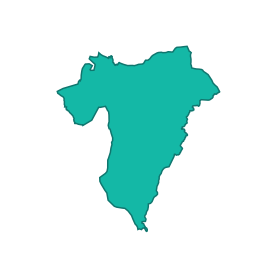 Mariga, Niger, Nigeria (Robinson projection), rotated 16°
{"feature_id": "59680162B84198311358077", "entity_name": "Mariga", "entity_type": "district", "adm_level": 2, "iso_a3": "NGA", "parent_name": "Nigeria", "parent_adm1": "Niger", "projection": "robinson", "projection_center": [5.889, 10.619], "detail": "fine", "context": "isolated", "style": "filled", "palette": "teal", "viewbox_px": 256, "rotation_deg": 16, "n_neighbors": 0, "source": "geoboundaries", "source_scale": "gbopen_adm2", "svg_char_len": 5568}
<svg xmlns="http://www.w3.org/2000/svg" viewBox="0 0 256 256"><g transform="rotate(16 128 128)"><path d="M79.2,63.7L79.5,66.3L79.2,68.2L75.9,69.3L71.9,69.6L71.7,72.2L78.5,75.7L79.0,76.4L79.3,81.9L76.2,82.9L75.5,82.4L76.5,77.9L73.0,77.0L69.4,78.3L69.0,79.2L68.2,82.0L67.8,83.4L67.9,85.9L68.5,90.2L69.0,92.0L69.4,94.0L69.1,95.6L68.8,95.3L68.5,95.2L68.3,95.4L68.2,95.9L67.8,96.5L67.7,97.1L67.8,97.1L67.8,97.8L67.7,99.6L54.7,107.9L49.9,112.3L51.0,114.0L52.1,114.3L54.5,115.3L57.2,116.0L58.6,117.4L58.8,118.9L59.6,120.1L60.3,122.9L61.2,124.0L61.3,125.2L62.1,125.0L63.1,124.8L63.2,126.6L63.9,127.5L64.7,127.3L65.3,127.9L66.0,127.9L67.0,128.5L67.6,129.2L68.9,129.8L71.7,131.5L72.9,133.1L73.6,133.7L73.6,135.2L74.3,136.0L74.4,136.6L75.5,137.4L75.4,138.0L75.6,138.3L77.2,137.9L78.1,137.9L79.1,138.1L82.8,137.7L83.5,137.4L83.9,138.0L91.0,130.5L94.1,116.2L95.8,115.7L99.1,114.0L100.4,113.4L102.4,115.5L103.4,116.7L104.8,117.6L106.1,120.6L108.1,127.1L108.1,129.4L108.3,131.0L110.0,133.9L111.2,134.1L113.3,137.7L116.0,141.7L116.7,144.5L116.2,146.3L117.1,148.2L117.2,152.2L117.8,156.4L117.6,162.6L117.4,164.4L119.5,172.0L119.8,175.6L118.8,177.9L114.5,183.4L115.7,187.0L117.6,189.2L122.7,194.0L125.6,196.3L128.8,202.9L136.4,207.0L139.0,207.2L144.0,206.6L147.2,206.1L150.9,207.7L155.6,211.2L157.6,213.9L161.4,218.4L163.0,219.3L164.4,220.6L165.5,222.8L166.5,221.9L169.0,221.9L169.6,220.4L171.1,219.6L172.2,220.4L173.5,221.9L174.4,222.2L174.8,221.7L174.5,220.3L173.6,219.2L172.2,218.7L170.3,216.9L169.4,215.7L167.8,215.7L167.3,214.6L167.5,214.1L168.2,213.9L168.7,213.5L169.4,213.3L170.2,213.2L170.5,212.8L170.4,212.1L170.5,211.6L170.4,210.6L169.6,209.8L168.7,209.1L168.3,207.5L169.0,206.1L168.9,203.2L169.5,201.2L169.2,198.0L168.5,195.4L170.4,194.2L171.4,192.2L172.0,187.6L173.0,186.1L173.9,185.1L174.6,183.5L174.1,181.9L172.5,180.5L172.2,177.9L171.9,176.2L172.2,174.6L172.5,172.1L171.9,170.1L172.0,168.5L171.4,166.2L171.7,164.4L172.4,162.6L172.5,160.1L172.9,158.5L173.9,156.5L175.2,155.4L178.1,153.9L179.7,144.7L179.8,144.2L179.9,143.6L180.0,143.1L180.0,142.0L180.0,141.4L179.9,140.8L179.9,140.5L180.3,140.4L180.8,140.3L180.9,140.5L181.6,140.6L181.9,140.7L182.2,140.7L182.7,140.3L183.0,140.1L183.3,140.0L183.4,139.9L183.9,139.9L184.5,139.1L184.7,138.7L184.8,138.4L184.7,137.9L184.7,137.7L184.9,137.6L185.0,137.3L185.2,136.6L185.2,136.4L185.4,135.1L186.0,132.9L185.9,132.6L185.6,132.3L185.0,131.9L184.0,131.3L183.4,130.9L183.1,130.3L183.1,130.1L183.3,129.5L183.3,129.1L183.6,128.1L183.9,127.1L183.9,126.6L184.1,126.3L184.2,126.1L184.3,125.9L184.4,125.7L184.7,125.5L184.9,125.5L185.0,125.3L184.9,124.8L184.9,124.6L185.3,123.7L185.5,123.3L185.5,122.6L185.6,122.0L185.5,121.7L185.5,121.3L185.7,120.9L185.8,120.9L185.8,119.7L186.9,119.0L187.1,118.6L186.8,117.8L186.5,117.5L186.2,117.5L185.8,117.6L185.5,117.4L185.1,116.7L184.7,116.5L183.5,116.2L183.4,116.1L183.0,115.3L183.1,115.2L183.3,114.9L183.1,114.4L182.6,113.9L182.0,113.6L181.3,113.8L180.9,113.8L180.7,113.7L180.4,114.3L180.1,114.3L179.9,114.3L179.7,114.1L179.7,113.6L180.0,113.0L180.0,112.4L179.9,112.1L180.2,111.9L180.8,111.5L181.1,111.4L181.4,111.1L181.6,110.7L181.9,110.3L182.0,110.0L181.9,109.6L181.9,109.2L182.1,108.9L182.4,108.4L182.6,107.7L183.0,107.4L183.4,107.0L183.3,106.5L183.0,105.9L182.6,105.5L182.5,105.3L182.6,104.0L182.8,103.5L182.6,103.1L182.2,102.6L181.6,102.2L181.4,101.9L181.2,101.4L181.1,101.0L181.3,100.8L181.7,100.5L181.9,100.1L182.1,99.6L182.2,99.0L182.4,98.4L182.5,97.9L182.5,97.3L182.5,96.7L182.8,96.1L182.9,95.8L182.8,95.2L182.7,94.7L182.7,94.3L182.9,94.2L184.2,94.1L184.6,93.8L184.9,93.4L185.2,93.4L185.4,93.5L185.6,93.4L185.9,92.7L186.3,92.4L185.9,91.5L185.7,91.2L185.4,90.8L185.0,90.7L184.2,90.4L184.1,90.1L184.3,89.9L184.3,88.9L185.5,88.3L185.7,88.2L186.6,88.0L186.9,87.8L187.4,87.6L187.9,87.5L188.2,87.1L189.0,87.2L189.2,87.3L189.4,87.5L189.7,87.6L190.0,87.3L190.4,86.9L190.5,86.3L190.4,85.8L190.3,85.3L190.3,85.2L190.5,84.9L189.6,81.9L190.6,80.6L197.4,79.1L198.7,78.5L200.7,76.2L201.0,75.5L201.2,74.8L200.9,73.6L200.9,73.3L201.1,73.0L201.3,72.9L201.4,72.6L201.7,71.5L201.9,71.4L202.4,71.5L202.7,71.4L202.9,71.1L203.3,71.0L203.8,71.0L203.8,70.9L204.0,70.4L204.3,69.8L204.5,69.6L204.9,69.4L205.2,69.1L205.3,68.8L205.5,68.5L205.6,68.4L205.8,68.5L205.9,68.4L206.1,68.1L206.1,67.9L202.4,64.0L199.6,62.7L197.3,61.3L195.4,59.0L190.3,54.6L185.0,52.8L183.8,51.8L182.7,51.5L180.3,51.8L177.5,52.4L175.7,52.6L172.7,52.7L171.7,50.6L170.6,49.1L170.4,47.5L169.6,44.6L168.2,41.6L167.8,39.7L168.0,38.2L166.6,37.5L165.7,37.3L162.3,33.2L159.1,34.5L156.1,35.8L152.7,37.0L151.5,38.4L150.1,42.5L149.3,42.9L145.6,43.6L143.7,45.0L140.7,46.0L139.2,46.0L136.6,47.0L135.3,47.8L132.7,50.4L131.5,51.7L130.6,53.5L130.0,55.3L128.7,57.1L128.2,57.4L126.2,58.0L125.8,59.1L125.4,61.0L124.5,62.4L123.3,62.9L120.6,63.9L118.8,65.2L117.0,66.3L114.8,66.7L110.4,68.1L106.3,68.1L102.6,67.8L101.6,67.5L101.4,67.6L101.4,67.8L101.3,68.0L101.1,68.1L101.1,68.3L101.1,68.6L101.1,68.9L101.0,69.0L100.9,68.9L100.7,69.1L100.6,69.3L100.5,69.5L100.6,69.9L100.6,70.1L100.4,70.3L100.0,70.4L99.8,70.3L99.5,70.0L98.9,70.4L98.8,70.6L98.7,70.8L98.4,71.2L98.1,71.0L97.9,71.0L97.8,70.8L97.6,70.5L97.4,70.3L96.9,70.2L96.7,70.1L96.5,69.9L96.2,69.3L96.1,69.1L95.9,69.1L95.7,69.2L95.3,68.9L95.2,68.6L94.9,67.0L94.4,66.0L93.7,65.4L93.4,65.0L93.3,64.6L93.2,63.9L93.1,63.7L92.7,63.8L92.6,63.6L92.0,63.2L91.8,63.3L91.6,63.8L91.3,64.4L91.3,65.1L91.3,65.4L91.0,65.4L90.9,65.2L90.6,64.9L90.5,64.7L90.2,64.6L89.9,64.9L89.9,65.3L89.9,65.8L89.8,66.4L89.0,66.1L87.8,65.9L86.2,65.7L84.0,65.5L81.7,64.9L79.2,63.7Z" fill="#14b8a6" stroke="#0f766e" stroke-width="1.5"/></g></svg>